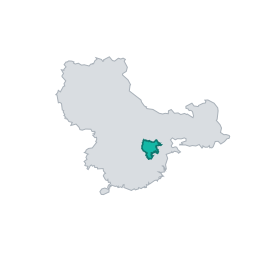 Henan on a map of China (Equal Earth projection), rotated 35°
{"feature_id": "CHN-1812", "entity_name": "Henan", "entity_type": "Province", "adm_level": 1, "iso_a3": "CHN", "parent_name": "China", "parent_adm1": "", "projection": "equal_earth", "projection_center": [114.102, 33.88], "detail": "fine", "context": "in_parent", "style": "filled", "palette": "teal", "viewbox_px": 256, "rotation_deg": 35, "n_neighbors": 0, "source": "natural_earth", "source_scale": "10m", "svg_char_len": 7602}
<svg xmlns="http://www.w3.org/2000/svg" viewBox="0 0 256 256"><g transform="rotate(35 128 128)"><path d="M139.4,183.4L135.2,181.4L134.9,179.2L135.6,178.0L132.6,177.3L130.9,175.5L126.5,179.0L125.5,177.9L123.4,179.4L121.8,178.1L120.7,179.7L119.4,179.2L118.7,180.2L119.2,184.9L117.7,184.8L117.2,182.4L114.2,183.5L113.5,181.2L111.2,180.6L112.4,177.2L110.4,176.2L109.9,173.1L110.4,172.2L106.3,173.1L106.9,171.8L106.4,170.0L107.4,167.4L110.2,164.8L110.5,157.6L109.4,157.7L108.9,155.2L107.6,153.7L106.5,154.9L103.2,154.1L104.3,152.6L103.9,151.4L102.9,152.0L103.7,150.6L102.7,149.8L100.6,151.5L98.3,150.3L93.8,153.2L91.8,156.0L89.6,156.9L87.5,155.5L83.2,154.6L79.7,158.7L79.1,155.4L75.9,156.6L72.9,155.4L72.2,156.1L71.4,155.3L70.8,156.2L70.0,154.6L68.3,154.5L68.5,153.3L65.7,152.0L65.4,150.7L63.8,150.9L59.5,146.1L57.6,146.1L56.5,147.3L50.9,141.7L49.8,142.1L50.1,139.4L49.3,137.1L51.9,137.2L51.2,131.0L52.1,129.9L50.2,128.4L50.0,125.1L44.5,123.8L43.9,122.8L44.0,120.4L40.0,118.5L42.4,117.5L41.8,116.7L42.2,113.5L39.3,112.7L39.4,109.4L40.3,108.9L40.9,107.1L43.7,105.4L45.9,104.9L46.1,106.1L48.0,105.9L50.2,103.4L53.8,103.2L55.9,101.3L60.6,99.5L60.8,97.1L62.0,96.3L61.7,95.7L62.9,95.2L62.3,91.7L63.1,89.4L61.4,88.8L66.9,87.1L69.2,87.9L69.6,86.8L68.9,86.2L71.9,80.4L76.6,81.7L78.7,80.8L80.1,76.4L82.6,75.6L83.9,73.6L86.5,73.3L86.6,75.5L92.6,78.6L94.1,82.6L92.5,86.4L93.0,87.7L100.4,88.6L105.3,91.1L105.2,91.9L107.8,96.9L122.5,97.6L124.3,99.0L128.8,100.6L131.1,100.1L131.1,100.9L132.5,101.2L137.8,98.5L145.2,98.0L148.3,96.7L150.1,94.6L152.8,93.2L151.3,90.7L152.8,88.1L157.6,89.3L160.4,86.9L163.5,86.7L166.0,83.6L168.2,83.4L168.4,82.6L175.3,82.3L174.8,80.5L171.3,77.5L169.3,77.5L168.1,78.7L166.5,77.9L164.1,78.6L163.0,77.0L166.1,71.0L169.4,72.1L173.2,70.2L172.9,69.0L175.2,64.9L177.0,63.2L176.6,61.6L175.0,61.1L177.4,59.2L184.3,58.3L189.9,60.0L192.0,62.3L196.0,69.7L196.0,71.1L201.5,72.5L204.6,74.4L206.3,78.6L210.4,78.5L212.1,77.1L215.1,76.1L216.2,76.6L216.7,78.5L215.3,80.0L214.8,83.8L213.2,87.9L209.5,87.2L207.2,89.0L208.5,94.4L208.1,96.2L206.3,96.9L206.7,97.6L204.7,95.8L204.3,97.9L202.2,99.5L199.6,99.7L200.4,101.1L200.1,102.0L195.8,100.7L193.9,103.8L190.7,105.5L189.0,107.6L184.9,108.9L180.0,112.2L179.8,111.5L181.5,110.8L181.9,109.7L180.3,109.7L180.2,109.1L183.0,105.4L181.7,103.5L179.8,103.8L177.8,106.4L174.7,108.3L173.5,110.5L170.0,110.7L169.6,113.4L173.5,114.9L173.6,117.7L174.6,118.5L176.0,118.4L177.4,116.4L178.9,115.8L181.6,117.2L184.7,117.5L183.8,119.7L182.5,119.2L179.2,120.5L178.8,122.5L177.4,122.2L177.7,123.1L174.4,127.7L177.8,130.0L179.8,136.5L182.9,139.6L182.7,140.5L178.8,138.8L177.3,139.5L179.4,139.3L183.0,143.1L180.1,145.8L178.8,145.9L178.0,146.5L181.3,146.2L183.9,148.0L182.1,149.6L183.6,149.6L183.4,151.1L182.0,151.1L182.7,151.8L182.1,153.1L182.6,154.6L181.1,154.4L179.9,155.8L177.8,161.6L176.3,160.9L177.3,162.8L176.0,164.0L175.0,163.7L176.5,164.2L176.5,166.8L175.1,166.6L175.5,167.5L174.5,167.6L173.5,170.1L170.9,170.7L171.6,171.7L169.5,174.5L168.0,174.2L166.6,177.2L158.8,179.1L157.2,176.6L156.6,177.4L157.3,180.3L155.8,180.4L154.2,182.3L153.5,181.4L153.3,182.4L152.1,182.0L151.0,183.2L147.2,184.2L146.3,185.9L147.5,187.7L146.9,188.7L145.4,188.4L144.8,186.0L145.6,183.5L144.5,182.6L143.1,183.8L141.0,181.7L141.1,182.9L139.4,183.4ZM147.9,189.3L149.1,191.4L146.0,196.7L144.2,197.7L141.5,196.3L141.5,193.0L143.4,190.5L147.9,189.3ZM183.0,141.3L182.0,141.1L181.0,140.0L181.8,140.2L183.0,141.3ZM184.5,147.2L183.7,147.4L183.5,146.9L184.5,147.2ZM177.2,166.0L176.8,166.6L176.9,165.8L177.2,166.0ZM146.8,185.6L147.5,185.3L147.5,185.8L146.8,185.6Z" fill="#d9dde1" stroke="#a8b0b8" stroke-width="1"/><path d="M158.3,121.6L158.5,121.7L158.8,121.6L158.9,121.8L159.2,122.1L159.4,122.1L159.5,122.0L159.8,122.1L160.0,122.2L160.4,122.5L160.6,122.5L160.9,122.4L161.1,122.5L161.3,122.4L161.5,122.6L161.5,122.8L161.9,122.6L161.9,122.4L162.1,122.3L162.3,122.3L162.5,122.4L162.7,122.7L162.8,122.7L163.0,122.5L163.1,122.4L163.1,122.8L163.0,123.1L162.8,123.2L162.8,123.3L162.7,123.9L162.8,123.9L163.0,123.7L163.1,123.4L163.4,123.4L163.8,123.3L164.0,123.2L164.3,122.9L164.6,122.9L165.0,122.6L165.0,122.8L164.9,123.2L164.7,123.1L164.4,123.3L164.4,123.5L164.1,123.6L163.8,124.0L163.7,124.1L163.4,124.2L163.3,124.3L163.0,124.5L162.9,124.8L162.8,125.1L162.7,125.1L162.5,125.3L162.2,125.4L162.0,125.5L161.8,125.7L161.8,125.9L161.6,126.2L161.3,126.3L161.4,126.6L161.3,126.9L161.3,127.0L161.5,127.1L161.8,127.0L162.3,127.3L162.5,127.5L162.4,127.7L162.5,127.7L163.1,127.9L163.1,128.3L163.3,128.6L163.7,128.8L163.8,128.7L164.1,128.7L164.2,128.8L164.5,128.7L164.8,128.6L165.0,128.7L165.2,128.8L165.3,128.8L165.3,129.2L165.3,129.3L165.4,129.5L165.8,129.7L166.0,129.9L166.0,130.0L166.5,129.9L166.6,130.0L166.6,130.3L166.5,130.5L166.6,130.8L166.7,131.0L166.8,131.3L166.8,131.5L166.6,131.4L166.5,131.5L166.4,131.6L166.2,131.7L166.2,131.9L165.4,132.2L165.2,132.1L165.1,131.9L165.0,131.7L164.7,131.4L164.8,131.2L164.7,131.1L164.4,131.0L164.1,130.8L163.8,130.9L163.6,131.2L163.5,131.5L163.7,132.0L163.6,132.3L163.7,132.8L163.3,132.9L163.1,132.9L163.0,133.1L162.9,133.0L162.9,133.3L162.8,133.5L162.9,134.1L162.7,134.3L162.7,134.6L162.4,134.7L162.2,134.8L161.9,134.8L161.7,134.6L161.5,134.8L161.5,135.0L161.4,135.1L161.5,135.2L161.6,135.3L161.8,135.4L161.9,135.5L162.2,135.6L162.4,135.7L162.4,136.0L162.4,136.3L162.5,136.5L162.4,136.8L162.6,136.8L163.0,137.0L163.3,137.4L163.5,137.6L163.8,137.5L163.9,137.3L163.9,137.2L164.1,137.3L164.1,137.2L164.2,137.3L164.3,137.2L164.5,136.9L164.5,137.0L164.5,137.5L164.6,138.0L164.7,139.1L164.6,139.7L164.6,140.1L164.2,140.1L163.9,140.1L163.6,140.2L163.5,140.3L163.3,140.5L163.3,140.8L163.0,141.2L163.0,141.4L163.0,141.6L162.9,141.7L162.7,141.7L162.5,141.4L162.5,141.2L162.3,140.9L162.2,140.9L162.1,141.2L161.9,141.3L161.4,141.3L161.2,141.3L161.0,141.2L160.9,141.2L160.7,141.0L160.4,141.0L160.4,140.8L160.4,140.7L160.5,140.5L160.5,140.4L160.4,140.3L160.2,140.2L160.1,140.3L159.9,140.3L159.6,140.1L159.2,139.8L159.0,140.1L158.9,140.2L158.6,140.2L158.6,139.9L158.4,139.9L158.3,139.6L158.1,139.3L158.1,139.0L158.0,138.7L158.0,138.1L158.1,137.8L157.9,137.5L157.7,137.5L157.5,137.8L157.4,137.8L157.3,138.0L157.0,138.0L156.7,137.9L156.5,137.7L156.4,137.6L156.2,137.5L155.8,137.5L155.7,137.5L155.2,137.7L154.9,137.8L154.5,137.7L154.2,137.7L153.9,137.8L153.7,137.7L153.5,137.8L153.3,137.6L153.2,137.6L152.8,137.4L152.7,137.4L151.9,137.1L151.8,136.9L151.5,136.7L151.4,136.7L151.3,136.8L151.2,136.8L151.2,136.7L151.1,136.4L150.8,136.1L150.6,135.8L150.3,135.5L150.2,135.4L150.2,135.2L149.9,134.8L149.9,134.5L149.7,134.4L149.5,134.2L149.6,133.6L149.5,133.4L149.6,133.1L149.5,132.8L149.4,132.6L149.2,132.5L149.0,132.3L148.9,132.2L148.8,131.9L148.6,131.7L148.4,131.7L148.5,131.2L148.4,130.9L148.4,130.6L148.4,130.4L148.2,130.3L148.0,130.2L147.9,130.1L147.9,129.9L148.0,129.8L148.0,129.7L147.9,129.5L147.7,129.4L147.6,129.2L147.6,128.6L147.8,128.7L148.1,128.6L148.4,128.7L148.5,128.6L148.8,128.5L148.9,128.4L149.3,128.4L149.4,128.1L149.5,128.2L150.0,128.0L150.0,127.9L150.3,127.9L150.4,127.7L150.5,127.8L150.6,127.7L150.8,127.8L151.3,127.6L151.5,127.4L151.6,127.2L151.9,127.0L152.0,126.9L152.2,126.7L152.4,126.7L152.5,126.7L152.8,126.9L152.9,126.6L152.9,126.1L153.1,126.1L153.7,126.2L153.9,126.1L154.2,126.2L154.3,126.2L154.5,125.9L154.8,125.8L155.1,126.1L155.4,126.1L155.6,126.0L155.7,125.8L155.8,125.7L156.1,125.6L156.4,125.4L156.6,125.3L156.6,125.2L157.1,125.0L157.4,124.7L157.5,124.6L157.6,124.4L157.5,124.0L157.5,123.9L157.6,123.6L157.6,123.4L157.7,123.1L157.8,122.9L157.8,122.7L157.8,122.4L157.8,122.2L157.9,121.7L158.2,121.7L158.3,121.6Z" fill="#14b8a6" stroke="#0f766e" stroke-width="1.5"/></g></svg>